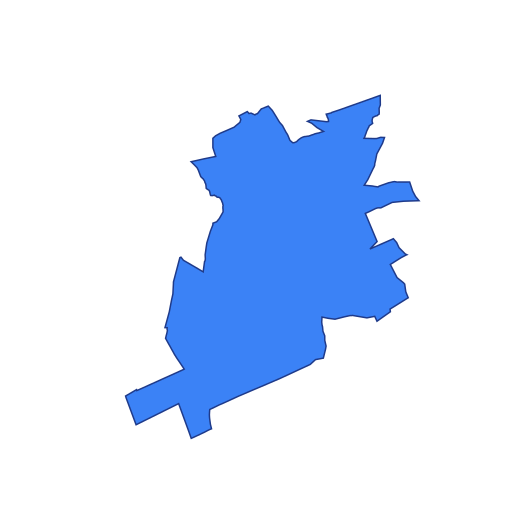 Cantamayec, Yucatán, Mexico (Equal Earth projection), rotated 62°
{"feature_id": "50627088B95910287491923", "entity_name": "Cantamayec", "entity_type": "district", "adm_level": 2, "iso_a3": "MEX", "parent_name": "Mexico", "parent_adm1": "Yucatán", "projection": "equal_earth", "projection_center": [-89.083, 20.414], "detail": "fine", "context": "isolated", "style": "filled", "palette": "blue", "viewbox_px": 512, "rotation_deg": 62, "n_neighbors": 0, "source": "geoboundaries", "source_scale": "gbopen_adm2", "svg_char_len": 4519}
<svg xmlns="http://www.w3.org/2000/svg" viewBox="0 0 512 512"><g transform="rotate(62 256 256)"><path d="M188.6,80.8L187.8,80.2L187.5,80.0L186.1,79.3L183.4,78.0L181.0,75.3L172.5,70.9L166.2,113.6L164.8,121.7L165.0,122.2L164.1,126.1L163.7,127.4L164.5,127.6L165.4,127.5L165.9,127.6L166.3,127.8L167.0,127.9L167.8,127.8L168.5,127.9L169.0,127.9L170.2,128.3L170.9,128.6L171.3,128.8L170.6,130.6L161.6,143.6L161.3,147.3L164.9,144.5L171.2,141.9L177.7,137.9L177.4,139.8L177.1,141.0L177.0,141.9L176.9,142.6L176.6,143.6L176.3,144.5L176.1,145.5L175.9,146.0L175.7,147.2L175.7,147.9L175.5,149.1L175.2,150.5L175.2,151.1L175.1,151.9L174.9,152.6L174.8,153.4L174.7,153.8L174.3,154.4L174.1,155.2L173.7,156.3L173.3,157.2L173.1,158.3L173.0,158.9L172.9,160.9L173.0,161.5L173.2,163.0L173.4,164.1L173.6,164.9L174.0,166.0L174.1,166.7L174.1,166.9L173.9,168.7L173.8,169.2L173.7,169.5L173.2,170.4L169.9,171.7L169.4,171.7L164.4,171.2L162.8,171.2L160.9,171.4L156.7,171.4L155.0,171.4L153.2,171.4L149.1,172.4L147.8,172.5L144.5,172.7L143.7,172.7L137.5,173.1L135.0,173.3L129.4,174.8L128.6,182.3L131.0,187.9L130.7,189.2L130.9,190.7L127.5,193.3L126.9,195.3L126.6,195.3L124.4,195.9L124.3,205.3L128.3,205.3L130.4,207.4L130.7,208.6L131.4,212.2L132.0,214.8L131.4,223.0L130.8,230.0L130.9,235.2L131.8,238.8L140.1,243.2L149.2,244.8L145.9,255.9L144.7,260.3L142.3,269.0L145.8,267.9L146.8,267.6L150.3,266.6L152.9,266.6L159.9,267.5L160.4,267.4L161.1,267.2L161.9,266.9L162.6,266.7L163.1,266.4L163.6,266.4L164.2,266.4L165.0,266.2L165.5,266.2L166.4,266.4L167.0,266.5L167.4,266.6L168.5,266.5L170.4,267.1L171.5,267.6L172.9,268.2L174.1,267.7L175.8,266.7L176.3,266.6L177.4,266.7L179.2,267.2L180.4,267.5L180.8,267.6L181.3,267.6L181.7,267.0L182.1,266.3L182.4,265.7L182.5,265.0L182.8,264.1L183.6,263.9L184.4,263.1L184.8,263.0L185.3,263.0L185.6,262.7L185.9,262.5L186.4,261.9L186.5,261.5L187.1,261.0L187.6,260.6L187.9,260.6L188.5,260.5L188.9,260.5L190.0,260.2L190.7,260.4L191.1,260.4L192.5,260.6L192.9,260.6L193.4,260.6L194.0,260.8L195.0,261.1L195.7,261.2L196.0,261.3L196.5,261.8L197.1,262.2L197.9,262.6L198.4,262.8L198.8,263.1L199.7,263.3L200.0,263.6L201.1,264.0L201.9,264.8L205.7,270.8L207.3,274.7L206.8,278.6L208.3,279.5L212.7,284.6L221.4,293.3L224.5,295.6L231.0,300.3L234.8,302.1L236.3,303.2L236.7,304.0L245.2,310.1L239.9,313.3L225.7,322.1L221.8,322.8L221.7,324.0L240.2,341.1L241.5,341.8L250.5,347.2L255.2,351.2L264.5,358.7L275.9,369.4L276.5,370.0L276.8,369.5L277.6,368.1L278.4,368.6L278.7,368.8L279.3,369.0L279.8,369.1L280.3,369.3L280.7,369.6L281.4,370.2L281.8,370.5L282.8,371.4L283.2,371.7L283.7,372.3L284.2,372.7L285.0,373.4L285.8,374.1L286.2,374.5L292.7,374.4L295.7,374.3L296.9,374.3L297.0,374.3L297.3,374.3L298.4,374.3L301.8,374.2L304.8,374.2L305.8,374.1L306.6,374.0L307.4,374.0L308.2,373.9L308.4,373.9L309.7,373.8L311.2,373.6L311.7,373.6L312.1,373.5L320.9,372.6L322.2,372.5L322.1,374.7L318.9,424.4L317.9,424.2L318.4,436.9L320.4,437.3L343.4,440.4L348.7,441.1L350.0,393.6L379.3,397.7L386.6,398.8L386.8,396.0L387.4,384.0L387.4,380.1L387.5,378.0L387.7,376.4L384.9,375.7L383.3,375.3L380.0,374.1L377.1,373.0L374.3,371.7L371.8,370.2L369.8,368.9L370.1,362.1L370.2,358.3L370.5,355.2L371.6,336.5L371.7,335.7L372.6,324.7L374.2,306.5L375.4,291.9L377.2,259.0L375.4,252.1L377.8,244.5L371.1,238.5L368.4,236.4L362.8,234.9L358.8,232.8L353.8,232.2L349.8,230.5L347.7,230.0L345.2,229.0L340.9,226.4L345.0,221.4L348.9,215.9L351.2,206.5L352.8,200.8L353.4,199.8L353.7,198.8L362.7,187.1L365.0,179.5L370.4,179.8L368.3,163.5L365.8,162.6L364.3,141.2L359.2,140.7L357.7,140.5L357.2,140.3L350.6,137.9L350.1,138.1L349.0,138.3L341.3,141.6L326.5,141.4L325.6,128.8L325.6,126.2L325.6,123.3L325.7,122.2L324.2,123.3L315.8,125.8L310.1,125.5L305.2,126.6L305.1,128.7L303.3,152.1L300.1,142.3L269.7,139.5L270.0,135.4L270.2,128.8L270.3,127.6L270.7,125.7L272.1,123.2L272.6,110.6L277.0,99.8L283.7,86.1L278.3,87.2L272.3,87.2L262.8,85.6L256.9,96.8L255.3,98.8L254.6,100.9L254.2,102.5L253.6,104.6L252.1,114.6L252.3,115.8L250.1,118.8L250.0,119.0L249.1,120.0L244.3,127.2L241.1,121.5L234.0,111.8L232.8,110.0L231.7,108.7L230.1,107.7L227.9,105.7L222.6,101.4L215.9,91.4L211.7,86.9L209.7,90.3L209.0,94.1L208.1,96.0L202.8,105.4L201.7,103.8L200.7,102.9L200.4,102.5L199.6,101.6L199.1,101.0L198.7,100.6L197.8,99.7L197.5,99.3L197.2,98.9L196.6,98.0L195.8,97.1L195.4,96.3L194.1,94.7L194.1,94.1L193.7,90.8L193.5,90.6L192.9,90.6L192.0,90.4L190.9,89.9L189.8,89.1L189.4,88.6L189.0,88.3L188.5,87.9L188.5,86.3L188.5,85.7L188.6,84.4L189.0,83.2L188.7,82.4L188.6,81.5L188.6,80.8Z" fill="#3b82f6" stroke="#1e3a8a" stroke-width="1.5"/></g></svg>